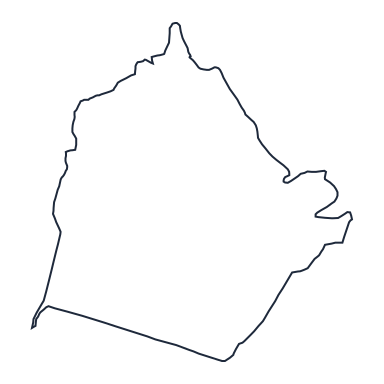 Baladruz, Diyala, Iraq (Mercator projection)
{"feature_id": "34846034B64184275342457", "entity_name": "Baladruz", "entity_type": "district", "adm_level": 2, "iso_a3": "IRQ", "parent_name": "Iraq", "parent_adm1": "Diyala", "projection": "mercator", "projection_center": [45.392, 33.561], "detail": "fine", "context": "isolated", "style": "outline", "palette": "slate", "viewbox_px": 384, "rotation_deg": 0, "n_neighbors": 0, "source": "geoboundaries", "source_scale": "gbopen_adm2", "svg_char_len": 3340}
<svg xmlns="http://www.w3.org/2000/svg" viewBox="0 0 384 384"><path d="M32.0,327.9L33.6,326.9L35.5,325.9L35.9,321.6L36.2,319.1L38.1,316.6L39.5,313.5L40.4,312.3L43.7,309.6L46.3,307.2L48.1,306.4L48.5,306.2L54.8,308.3L67.9,311.8L82.2,315.8L104.2,322.6L115.5,326.3L139.1,333.8L147.3,336.4L155.3,339.4L176.3,345.1L189.4,350.0L193.5,351.4L198.7,353.6L199.0,353.7L221.9,361.0L224.9,361.0L230.0,357.7L233.3,354.9L233.7,353.5L236.0,349.0L239.0,343.9L242.5,342.7L244.4,341.1L244.9,340.6L250.5,335.0L254.1,331.3L258.6,325.9L262.9,321.2L265.0,317.7L268.6,311.4L275.2,301.1L278.4,295.0L282.7,288.4L289.5,276.9L292.1,272.5L297.8,271.5L300.1,271.3L302.1,270.6L304.4,269.7L307.7,268.2L311.3,263.3L314.6,258.9L317.7,256.5L319.1,255.3L321.3,251.6L323.0,249.2L325.0,244.8L331.7,243.6L335.2,242.7L342.4,242.7L344.2,236.8L349.1,222.2L350.5,220.4L352.0,219.4L351.2,215.7L350.1,212.4L347.3,212.1L345.2,213.6L341.3,216.1L338.1,218.0L332.2,218.3L325.0,217.8L318.3,217.1L315.6,216.6L315.6,214.3L317.3,212.6L321.5,210.0L326.8,207.0L331.7,203.4L334.4,201.6L336.4,198.5L337.5,195.7L337.5,192.2L336.0,189.1L334.0,186.1L330.1,182.5L325.0,179.2L324.8,177.6L325.6,173.6L326.0,171.9L324.4,170.8L320.9,171.2L315.8,171.9L312.1,171.9L307.4,171.5L304.6,172.9L300.7,173.8L298.0,176.2L291.1,180.9L287.8,182.8L285.0,182.5L283.6,181.6L283.6,180.4L284.0,178.8L285.2,177.1L287.2,176.2L289.3,175.2L289.3,173.8L289.1,171.7L287.8,169.3L283.5,165.3L280.7,163.2L276.4,159.9L272.5,156.6L269.3,153.3L265.6,148.6L262.1,144.4L259.5,140.4L258.0,137.8L257.9,136.4L257.8,135.4L257.4,131.7L256.8,128.4L255.8,125.3L253.7,122.0L251.3,119.9L248.0,116.8L245.4,114.5L244.9,112.8L243.9,110.7L241.7,107.6L239.6,103.9L237.4,99.6L234.7,95.8L229.8,89.0L223.5,77.7L221.7,73.2L220.0,69.9L218.4,68.2L215.7,67.3L214.5,67.3L212.3,68.5L209.0,69.9L207.0,69.9L203.5,69.4L200.4,68.7L198.6,67.5L196.7,64.9L194.7,62.3L192.9,60.2L189.6,57.4L189.8,56.6L190.2,56.4L190.6,56.2L190.0,54.6L189.2,53.7L188.3,51.8L187.6,48.1L186.5,45.9L185.5,44.0L184.0,41.1L182.6,38.1L181.7,34.9L180.8,31.6L180.2,28.1L179.9,25.8L178.8,24.5L176.9,23.0L175.1,23.0L172.6,23.7L172.5,23.8L172.3,24.1L171.1,26.3L169.7,28.2L169.7,33.2L169.0,42.7L167.9,45.0L165.3,50.5L164.2,53.9L163.6,54.2L159.9,55.2L157.4,55.5L153.9,56.4L151.7,57.0L152.1,60.7L152.9,63.5L150.9,62.7L146.0,59.9L144.8,59.6L143.0,61.2L142.2,61.4L140.6,61.8L137.7,62.2L137.2,62.8L136.2,64.4L135.5,66.2L135.5,68.5L135.2,70.9L134.9,74.2L131.1,75.4L126.2,78.2L120.7,80.9L117.8,82.7L116.3,85.4L114.2,88.4L113.5,89.9L110.6,91.3L107.1,92.5L101.4,94.3L99.2,95.3L97.5,95.3L95.7,95.8L92.8,97.4L89.7,98.6L88.4,99.8L84.1,99.8L82.7,100.6L80.6,101.3L79.7,103.3L78.4,105.7L77.0,108.8L76.2,110.2L74.5,111.9L74.5,113.3L74.5,115.1L74.7,116.9L74.4,119.0L73.4,121.8L72.7,125.1L72.4,128.4L72.4,130.4L72.4,132.0L73.5,134.1L74.7,135.9L76.2,138.6L76.2,140.8L76.2,144.9L75.2,149.8L72.7,150.2L70.4,150.4L67.7,151.2L65.8,152.0L66.0,153.5L66.0,155.9L65.5,158.2L65.5,161.0L65.9,162.7L67.2,165.9L67.2,167.1L66.9,169.2L65.7,171.0L65.1,172.7L64.1,174.7L62.8,176.5L61.8,177.4L60.7,179.4L59.2,186.3L57.7,189.8L56.7,193.5L55.3,198.6L54.1,202.1L53.6,208.0L53.5,210.9L53.0,213.9L54.9,218.4L56.2,222.1L59.2,228.5L60.6,231.8L60.3,234.3L57.9,244.5L56.4,250.2L53.3,262.8L51.7,269.5L48.8,281.2L46.2,291.5L43.7,300.7L41.6,304.2L36.7,312.6L33.5,319.1L33.2,322.5L32.0,327.9Z" fill="none" stroke="#1e293b" stroke-width="2"/></svg>